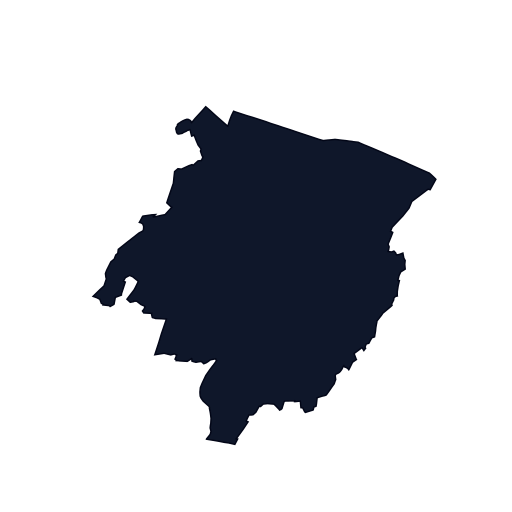 outline of Lestenes pag., Tukums, Latvia, rotated 129°
{"feature_id": "27541924B48713884824227", "entity_name": "Lestenes pag.", "entity_type": "district", "adm_level": 2, "iso_a3": "LVA", "parent_name": "Latvia", "parent_adm1": "Tukums", "projection": "equal_earth", "projection_center": [23.152, 56.775], "detail": "fine", "context": "isolated", "style": "filled", "palette": "ink", "viewbox_px": 512, "rotation_deg": 129, "n_neighbors": 0, "source": "geoboundaries", "source_scale": "gbopen_adm2", "svg_char_len": 5936}
<svg xmlns="http://www.w3.org/2000/svg" viewBox="0 0 512 512"><g transform="rotate(129 256 256)"><path d="M198.1,121.0L197.8,121.4L194.6,123.9L189.8,126.7L184.9,129.1L185.7,130.4L181.3,132.5L177.3,133.5L172.3,131.8L168.9,135.1L165.6,137.3L164.6,139.8L161.3,143.7L164.9,145.8L166.8,147.5L165.7,149.5L165.4,151.9L167.6,153.2L169.4,156.2L168.6,156.6L168.2,156.6L165.1,158.3L163.7,160.8L162.8,161.1L160.8,161.7L156.8,162.9L151.8,164.5L151.6,164.6L152.1,167.0L148.0,168.3L133.6,167.2L133.0,167.1L122.6,167.2L122.2,167.3L115.7,169.2L115.4,169.2L98.4,165.0L95.8,164.3L95.7,164.2L94.9,162.4L83.2,164.5L82.9,167.2L82.6,171.2L82.5,173.5L83.5,176.9L86.8,189.2L88.5,195.5L89.3,199.1L90.5,203.5L92.3,209.8L93.2,212.5L95.4,220.5L96.0,222.8L97.0,226.2L99.1,233.6L101.0,240.0L101.5,241.5L102.8,246.2L103.3,248.2L105.9,252.2L106.5,253.4L106.8,253.9L108.1,255.9L109.7,258.6L111.2,260.9L112.5,262.9L114.4,266.0L115.7,268.0L116.6,268.9L118.7,271.0L120.8,273.2L122.2,274.6L124.0,276.4L125.8,280.6L127.3,284.6L134.5,303.7L135.9,307.6L137.7,312.3L139.2,316.1L140.9,320.8L143.1,326.4L143.9,328.5L145.4,332.9L150.4,345.9L152.7,351.4L157.0,362.7L157.6,364.5L162.4,363.4L167.0,361.9L172.9,359.6L173.0,360.0L172.9,360.3L172.9,360.6L172.3,375.4L172.1,379.0L171.8,383.8L171.7,386.9L171.7,388.5L171.6,388.9L171.6,389.0L173.5,389.1L174.0,389.1L176.6,389.2L187.7,389.9L192.7,389.9L193.0,390.1L192.2,391.3L192.1,392.9L192.5,394.7L193.3,395.8L195.0,396.9L197.0,397.9L199.3,398.8L200.9,399.2L201.9,399.7L202.7,399.7L203.4,399.7L203.7,399.3L204.4,399.1L205.8,399.0L206.8,398.8L207.8,398.2L208.8,396.8L209.8,395.6L210.2,394.6L210.4,393.9L210.1,393.2L209.8,392.7L208.8,392.0L208.3,391.5L207.2,390.6L206.3,390.3L205.4,390.0L204.6,389.6L203.1,388.8L202.3,388.6L201.8,388.4L201.0,387.9L200.4,387.5L199.7,387.2L199.3,386.8L201.8,383.5L203.2,381.6L203.3,381.4L203.1,381.3L201.7,380.5L201.0,380.2L202.4,377.7L203.7,375.5L205.3,372.5L206.2,370.8L207.4,366.0L209.4,365.2L212.1,360.9L212.3,359.6L216.1,358.5L218.6,360.9L225.1,361.9L225.2,363.2L227.9,364.9L235.4,368.6L237.3,371.6L241.6,372.4L246.6,369.2L248.7,367.8L251.8,365.8L252.3,365.7L266.9,360.3L270.0,359.1L270.8,358.8L271.1,355.1L271.2,353.9L271.2,353.2L271.1,352.1L281.1,352.7L283.7,354.9L291.0,360.7L290.0,360.5L287.1,360.2L289.7,363.0L296.2,369.0L297.0,369.0L301.0,368.2L303.3,367.8L302.5,366.0L302.4,364.0L303.8,361.8L306.2,360.1L307.8,359.7L311.7,361.4L326.1,364.7L337.5,367.2L340.9,365.1L343.4,365.6L346.0,364.8L347.6,364.2L347.8,364.3L351.9,365.1L360.6,363.2L363.2,362.4L364.6,361.8L364.6,361.7L365.6,360.7L366.3,360.0L367.1,359.1L367.4,358.6L368.2,357.8L371.7,356.5L374.3,355.5L374.8,355.3L375.6,355.4L377.8,355.7L380.3,356.1L389.9,357.2L389.5,356.1L388.5,353.2L387.9,350.1L390.1,346.4L389.6,344.3L390.3,344.1L387.1,339.1L387.0,338.9L386.9,337.9L387.0,337.6L383.3,336.1L383.0,336.0L382.6,336.1L376.7,339.3L371.1,336.0L370.4,336.5L370.0,336.8L358.5,341.2L359.1,343.2L355.0,343.9L350.6,342.0L349.7,338.8L349.7,331.4L350.5,331.4L350.7,331.2L356.5,329.9L358.7,329.5L359.4,329.4L367.5,329.2L370.8,329.1L371.1,324.6L368.5,322.4L368.0,322.6L366.2,320.2L366.1,314.7L365.2,311.5L365.2,310.4L367.8,309.6L370.2,309.6L370.9,307.4L366.3,301.1L366.5,301.1L367.8,299.5L369.0,297.9L369.0,297.7L368.4,296.4L367.6,294.4L366.9,293.6L366.8,293.4L364.1,289.8L361.4,285.9L376.1,280.5L384.1,277.2L396.1,272.6L396.4,272.5L389.4,266.2L387.3,261.7L386.5,260.0L383.3,257.7L383.3,256.4L382.8,255.9L382.6,255.5L382.9,255.2L383.8,255.0L387.1,254.0L386.9,252.9L387.2,252.3L387.5,252.2L387.1,251.6L386.3,250.7L385.8,249.7L383.8,246.9L381.2,243.2L380.9,243.0L378.4,242.2L377.2,241.8L376.2,241.5L376.2,241.3L376.5,241.0L376.8,240.7L378.0,239.6L377.5,238.2L376.4,235.8L374.2,233.9L372.4,232.1L372.5,229.9L372.6,228.8L370.3,227.5L368.5,226.9L365.4,226.1L361.3,222.7L362.3,221.0L362.2,220.8L365.2,220.6L369.0,220.4L369.0,220.5L373.8,220.3L380.5,219.8L384.1,218.9L389.0,217.7L393.3,216.4L396.8,214.1L398.1,213.0L400.0,211.2L401.0,209.3L402.0,205.8L402.4,197.9L403.1,196.6L403.6,196.4L406.0,193.5L406.6,192.8L408.0,191.3L410.5,188.7L412.7,187.1L414.5,185.8L416.5,184.7L417.0,184.4L418.5,183.4L420.6,180.6L423.2,179.4L424.1,179.3L429.3,179.3L429.5,179.2L425.9,172.9L423.4,168.4L420.6,163.1L418.7,160.0L418.5,159.7L415.7,153.9L409.8,155.1L410.5,156.4L405.6,156.6L398.3,157.0L389.9,157.8L390.5,159.8L387.5,160.6L383.9,161.4L382.7,159.8L381.2,158.4L377.5,157.8L370.7,159.0L370.2,157.8L369.9,157.7L366.5,157.2L366.2,156.9L363.7,154.4L363.4,154.1L362.2,152.3L359.8,148.8L360.0,146.5L360.7,141.1L360.8,141.0L360.9,140.7L360.6,140.6L360.3,140.6L360.1,140.5L360.0,140.3L360.0,140.2L359.8,140.1L359.6,140.0L358.7,139.9L358.4,139.8L358.2,139.8L357.8,140.0L351.9,142.4L351.5,142.5L351.2,142.5L350.8,142.4L350.5,142.2L349.7,141.3L345.6,136.4L344.5,135.1L344.2,135.0L344.0,134.7L344.9,134.4L344.8,134.2L341.0,130.4L340.9,130.2L345.6,125.6L344.6,124.1L346.3,120.4L346.5,119.4L346.5,119.2L341.5,115.9L340.7,115.3L339.6,114.7L337.0,116.0L335.0,114.8L333.0,115.9L327.7,119.3L327.3,119.0L326.6,118.6L323.0,116.2L321.8,115.2L320.5,114.3L319.9,114.0L319.3,114.0L318.7,114.0L317.3,114.1L315.2,114.2L310.2,114.6L308.5,114.7L306.2,114.8L303.2,115.9L301.9,116.3L299.0,119.3L298.9,119.3L298.3,119.4L297.4,119.5L295.0,118.3L294.3,118.1L293.1,117.9L291.7,117.9L290.1,118.0L289.2,118.2L286.8,118.7L286.0,118.7L286.2,118.3L286.3,118.0L286.4,117.8L286.4,117.5L286.4,117.3L286.4,117.0L286.1,116.4L285.9,115.8L285.8,115.2L285.7,114.3L285.7,113.5L285.8,113.0L285.9,112.6L286.0,112.3L285.9,112.3L278.0,114.1L277.7,114.1L273.3,112.8L273.1,113.3L270.1,118.4L260.6,116.0L260.6,115.5L261.6,112.7L258.7,112.8L258.4,113.7L258.3,113.9L255.0,115.0L252.8,113.4L249.9,114.0L246.7,114.5L244.8,113.3L244.2,113.0L242.5,114.0L239.1,115.9L236.4,117.7L233.6,119.3L231.5,120.4L230.4,121.1L225.0,121.2L223.5,121.2L223.5,121.3L221.9,121.3L220.9,121.5L210.3,119.4L209.8,119.4L208.8,119.2L207.9,120.4L203.4,121.4L202.3,122.3L199.8,122.3L198.1,121.0Z" fill="#0f172a" stroke="#020617" stroke-width="1.5"/></g></svg>